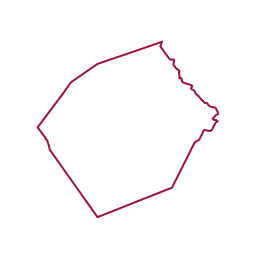 San Isidro, Choluteca, Honduras, rotated 133°
{"feature_id": "27666195B38345308058924", "entity_name": "San Isidro", "entity_type": "district", "adm_level": 2, "iso_a3": "HND", "parent_name": "Honduras", "parent_adm1": "Choluteca", "projection": "orthographic", "projection_center": [-87.295, 13.646], "detail": "fine", "context": "isolated", "style": "outline", "palette": "rose", "viewbox_px": 256, "rotation_deg": 133, "n_neighbors": 0, "source": "geoboundaries", "source_scale": "gbopen_adm2", "svg_char_len": 4006}
<svg xmlns="http://www.w3.org/2000/svg" viewBox="0 0 256 256"><g transform="rotate(133 128 128)"><path d="M189.2,194.5L191.3,182.9L191.2,182.7L191.2,182.4L191.3,182.2L191.4,181.9L191.5,181.7L191.8,181.4L191.9,181.1L192.0,181.0L192.0,180.9L192.1,180.6L192.1,180.4L192.1,180.0L192.2,179.4L192.2,179.1L192.3,178.7L192.4,178.3L192.6,178.0L192.7,177.7L192.8,177.5L192.9,177.2L193.1,177.0L193.2,176.7L193.7,175.9L193.9,175.6L194.4,174.8L194.5,174.6L194.8,174.1L195.1,173.6L195.2,173.3L195.5,173.0L197.2,170.5L214.0,89.5L147.7,58.1L141.8,55.1L93.0,69.4L91.1,68.9L89.6,68.3L88.0,68.0L86.6,68.3L85.2,68.8L83.1,69.4L80.7,70.0L78.4,71.0L77.2,70.7L76.6,69.6L76.0,68.5L75.0,67.0L73.7,65.6L71.8,65.5L69.1,66.3L67.1,66.8L64.6,67.5L62.0,67.1L62.0,67.3L62.0,67.6L62.0,67.8L62.1,68.0L62.1,68.4L62.2,68.6L62.2,68.8L62.3,68.9L62.4,69.1L62.8,69.8L63.0,70.2L63.2,70.6L63.3,70.8L63.4,71.0L63.4,71.3L63.5,71.5L63.5,71.8L63.4,72.0L63.4,72.3L63.3,72.5L63.2,72.5L62.9,72.5L62.7,72.5L62.5,72.4L62.4,72.4L61.7,72.5L61.3,72.4L61.0,72.4L60.8,72.4L60.6,72.4L60.2,72.5L59.8,72.5L59.5,72.5L59.0,72.5L58.8,72.5L58.7,72.5L58.6,72.4L58.3,72.3L57.8,72.1L57.6,72.1L57.2,71.8L57.0,71.7L56.8,71.7L56.7,71.7L56.3,71.8L56.2,71.9L56.0,72.0L55.9,72.2L55.7,72.4L55.6,72.5L55.3,73.0L55.2,73.2L55.1,73.4L55.0,73.6L54.9,73.8L54.9,74.0L54.7,74.4L54.6,74.9L54.5,75.2L54.4,75.4L54.3,75.7L54.2,76.0L54.0,76.4L53.9,76.7L53.8,76.8L53.8,77.0L53.7,77.1L53.7,77.3L53.6,77.5L53.6,77.8L53.7,78.0L53.7,78.3L53.8,78.4L54.3,79.2L55.1,80.6L55.4,80.9L55.7,81.5L55.8,81.7L55.9,81.9L56.0,82.2L56.1,82.5L56.2,82.9L56.2,83.2L56.3,83.5L56.4,83.8L56.4,84.0L56.4,84.3L56.4,84.5L56.4,84.8L56.4,85.1L56.3,85.3L56.2,85.7L56.1,86.0L56.0,86.4L55.9,86.6L55.9,86.8L55.9,87.0L56.0,87.4L56.0,87.6L56.3,87.9L56.6,88.3L56.8,88.5L57.0,88.8L57.3,89.0L57.4,89.3L57.4,89.5L57.4,89.8L57.3,90.0L57.2,90.3L57.1,90.9L57.1,91.1L57.2,91.6L57.2,92.1L57.2,92.4L57.2,92.6L57.2,92.9L57.2,93.2L57.0,94.5L56.8,96.0L56.7,96.9L56.7,97.4L56.6,97.9L56.6,98.1L56.6,98.5L56.6,99.3L56.6,99.7L56.6,99.9L56.7,100.6L56.7,100.9L56.7,101.3L56.7,101.5L56.6,102.1L56.5,102.4L56.4,102.7L56.3,102.9L56.2,103.0L56.0,103.4L55.9,103.6L55.7,103.9L55.7,104.1L55.6,104.3L55.6,104.5L55.6,105.0L55.6,105.4L55.6,105.6L55.6,105.8L55.6,106.0L55.7,106.3L55.8,106.5L56.0,106.9L56.0,107.0L56.1,107.3L56.2,107.5L56.2,107.9L56.2,108.0L56.2,108.5L56.2,108.8L56.1,109.0L55.6,109.1L55.0,109.2L54.2,109.4L53.9,109.5L53.7,109.6L53.5,109.8L53.4,109.8L53.4,110.0L53.4,110.3L53.4,110.5L53.5,110.7L53.5,110.8L53.6,111.0L53.8,111.5L54.0,112.0L54.2,112.5L55.0,114.1L55.4,114.9L55.8,115.7L56.2,116.6L56.6,117.5L56.8,117.9L56.9,118.2L57.0,118.5L57.1,118.8L57.1,119.2L57.1,119.4L57.2,119.6L57.2,119.8L57.1,120.0L57.1,120.3L56.9,120.5L56.8,120.8L56.6,121.1L56.5,121.3L56.3,121.4L56.2,121.5L55.9,121.8L55.7,122.0L55.6,122.3L55.5,122.5L55.4,122.7L55.4,122.8L55.5,123.0L55.6,123.3L55.8,123.5L56.0,123.7L56.0,123.8L56.2,124.0L56.2,124.4L56.2,124.5L56.2,124.8L56.0,125.0L55.9,125.0L55.6,125.2L55.4,125.2L55.4,125.3L55.2,125.5L54.9,125.7L54.7,126.0L54.4,126.4L54.2,126.6L54.1,126.8L54.0,127.1L53.9,127.2L53.8,127.3L53.7,127.4L53.6,127.5L53.4,127.7L53.1,128.1L52.8,128.3L52.7,128.4L52.5,128.5L52.3,128.6L52.1,128.7L51.9,128.8L51.7,129.0L51.4,129.3L51.3,129.5L51.2,129.6L51.2,129.8L51.1,130.1L51.2,130.3L51.2,130.9L51.3,131.3L51.4,132.4L51.5,132.7L51.5,132.8L51.5,133.0L51.5,133.5L51.5,134.0L51.4,134.3L51.4,134.7L51.4,134.9L51.3,135.2L51.2,135.4L51.2,135.6L51.1,135.8L51.1,136.0L51.1,136.3L51.1,136.6L51.1,136.9L51.1,137.0L51.0,137.3L50.9,137.6L50.7,137.8L50.5,138.1L50.1,138.4L49.7,138.7L49.5,138.8L49.2,139.1L48.7,139.3L48.5,139.5L47.9,139.9L47.4,140.3L47.2,140.4L47.0,140.6L46.9,140.6L46.7,140.8L46.8,140.9L46.8,141.1L46.9,141.3L47.0,141.4L47.0,141.5L47.3,141.8L47.7,142.2L47.9,142.4L48.2,142.6L48.4,142.8L48.5,142.9L48.7,143.1L48.8,143.3L48.9,143.5L49.0,143.7L49.0,143.8L49.1,144.3L49.1,144.6L49.1,144.8L49.1,145.0L49.1,145.4L46.3,160.0L42.0,162.0L101.9,194.0L133.6,200.9L147.5,199.0L189.2,194.5Z" fill="none" stroke="#9f1239" stroke-width="2"/></g></svg>